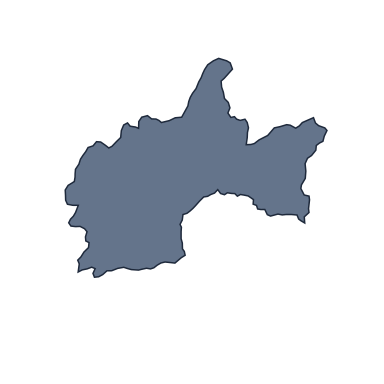 Tapiratiba, São Paulo, Brazil (Equal Earth projection), rotated 33°
{"feature_id": "56859067B91878871299734", "entity_name": "Tapiratiba", "entity_type": "district", "adm_level": 2, "iso_a3": "BRA", "parent_name": "Brazil", "parent_adm1": "São Paulo", "projection": "equal_earth", "projection_center": [-46.735, -21.456], "detail": "fine", "context": "isolated", "style": "filled", "palette": "slate", "viewbox_px": 384, "rotation_deg": 33, "n_neighbors": 0, "source": "geoboundaries", "source_scale": "gbopen_adm2", "svg_char_len": 2488}
<svg xmlns="http://www.w3.org/2000/svg" viewBox="0 0 384 384"><g transform="rotate(33 192 192)"><path d="M135.9,76.7L135.9,82.5L136.5,86.8L137.4,91.0L137.7,95.9L139.1,103.0L138.7,108.9L139.0,113.6L140.0,117.9L141.7,122.1L142.6,134.9L137.5,138.9L134.1,144.5L128.5,150.4L125.3,150.0L122.1,150.4L118.3,152.7L113.1,152.2L109.1,156.6L109.0,161.9L112.5,167.7L109.2,168.3L104.3,170.5L100.3,169.2L98.2,173.0L99.3,179.0L102.5,185.1L101.2,190.9L100.0,197.3L98.2,200.4L94.1,200.0L88.2,199.8L84.5,201.8L83.9,207.2L80.6,211.3L80.9,216.0L80.6,220.7L80.6,225.2L82.0,230.3L81.9,236.4L84.0,240.3L85.8,243.2L87.6,247.3L84.5,253.9L84.6,259.4L87.6,263.5L90.5,267.7L94.2,270.1L99.2,268.1L103.9,265.1L105.5,272.6L105.7,276.9L104.9,281.0L105.4,285.0L109.0,286.5L113.1,284.5L116.9,281.8L121.9,281.3L125.6,282.5L127.1,287.7L129.6,290.9L133.2,290.5L135.5,295.0L134.1,301.1L134.2,306.9L133.3,311.4L136.6,313.7L138.3,317.3L140.1,321.1L142.4,317.1L146.0,313.5L148.8,309.7L152.5,309.0L153.3,314.2L156.6,316.6L159.9,313.9L162.1,309.9L163.6,304.4L167.5,301.8L171.3,296.5L175.8,292.3L179.3,291.4L183.4,290.1L189.7,286.6L192.0,284.1L195.4,280.7L199.1,279.1L201.3,276.3L202.7,272.2L204.6,268.5L207.5,265.4L212.6,262.8L216.4,260.9L218.8,252.9L220.7,248.8L217.9,246.0L215.0,244.9L211.7,240.1L208.3,237.1L204.4,231.1L202.3,227.3L199.6,225.7L199.1,220.8L196.7,215.8L199.4,212.6L200.7,209.0L201.7,205.3L202.4,201.5L203.3,195.5L204.5,189.8L207.5,187.1L209.1,183.9L211.5,180.6L212.3,176.0L216.8,177.7L220.7,176.6L222.1,173.4L225.9,171.7L228.8,170.0L232.3,170.8L234.0,167.7L237.2,166.3L241.3,164.7L247.7,164.9L249.9,168.9L253.4,168.1L256.3,170.5L259.3,169.2L262.6,167.0L267.5,170.0L271.0,169.4L276.1,163.7L280.1,162.1L283.2,159.6L287.5,156.8L292.6,154.1L296.2,156.6L299.1,156.8L303.4,156.6L299.7,151.7L301.3,145.5L298.8,142.5L294.8,134.5L292.4,131.7L287.7,133.4L281.4,129.8L279.9,126.4L279.6,118.9L276.1,112.5L271.4,106.6L270.5,100.8L272.4,96.2L273.1,89.5L270.9,85.3L272.3,81.4L274.2,78.2L272.5,73.1L271.7,66.9L268.5,65.9L262.1,67.4L258.0,66.9L253.4,63.5L249.7,69.1L246.7,73.7L246.0,78.1L244.2,82.0L237.9,82.5L234.7,84.0L230.2,89.3L226.1,93.4L224.7,103.4L219.9,111.7L217.9,117.4L215.6,120.0L211.7,122.8L208.7,116.3L206.1,111.9L204.4,107.4L200.4,103.6L196.8,102.1L193.4,105.7L189.7,106.6L186.6,105.7L184.0,108.3L179.1,106.2L178.0,100.8L173.6,97.1L168.3,95.9L164.0,91.3L159.7,87.9L156.0,83.1L157.1,79.1L159.0,66.9L153.7,62.9L149.6,63.1L141.6,65.4L138.5,70.3L135.9,76.7Z" fill="#64748b" stroke="#1e293b" stroke-width="1.5"/></g></svg>